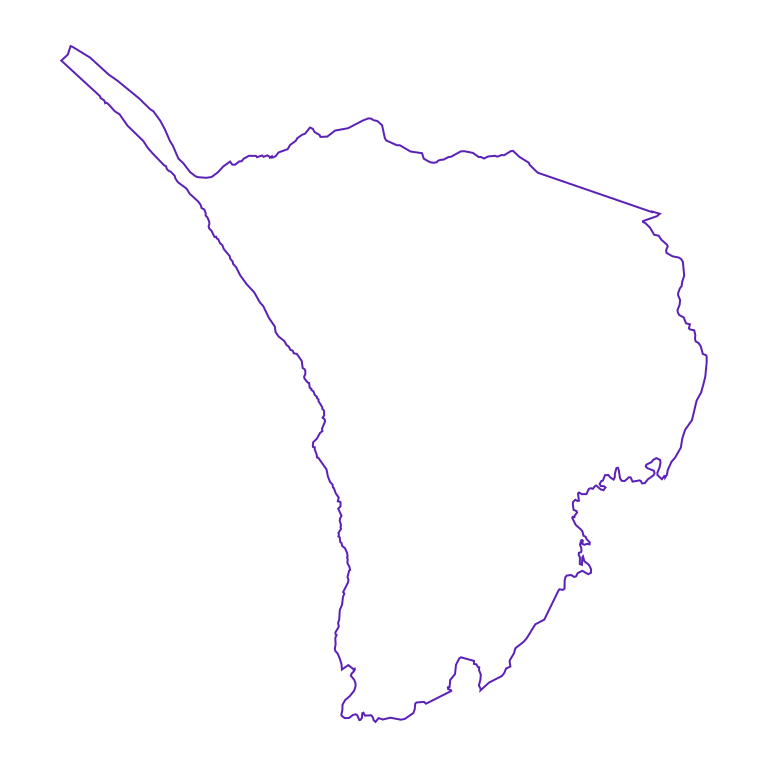 outline of Ludewa, Njombe, United Republic of Tanzania
{"feature_id": "72390352B43391507115191", "entity_name": "Ludewa", "entity_type": "district", "adm_level": 2, "iso_a3": "TZA", "parent_name": "United Republic of Tanzania", "parent_adm1": "Njombe", "projection": "natural_earth1", "projection_center": [34.61, -10.023], "detail": "fine", "context": "isolated", "style": "outline", "palette": "violet", "viewbox_px": 768, "rotation_deg": 0, "n_neighbors": 0, "source": "geoboundaries", "source_scale": "gbopen_adm2", "svg_char_len": 6110}
<svg xmlns="http://www.w3.org/2000/svg" viewBox="0 0 768 768"><path d="M61.3,60.6L100.2,96.4L100.3,97.8L104.3,100.5L105.2,103.2L106.4,102.7L108.4,104.2L114.8,111.3L119.5,114.2L127.5,125.7L143.3,141.0L147.6,147.7L152.8,153.6L164.0,165.2L166.0,166.2L166.8,168.9L168.5,170.7L170.7,171.7L174.7,175.8L175.3,178.3L177.9,182.2L186.6,188.7L189.7,193.8L197.9,201.2L200.6,204.8L201.6,208.1L204.3,209.5L205.7,213.2L205.7,215.6L207.4,217.4L209.1,221.3L209.4,224.0L208.6,226.2L209.2,228.5L211.4,230.7L214.5,236.9L216.1,236.7L216.7,238.4L218.2,239.2L220.0,243.2L222.3,245.1L223.9,249.2L229.7,256.1L230.1,258.5L232.8,261.8L233.0,263.8L236.0,267.0L240.2,275.3L246.5,284.0L254.3,292.5L259.9,302.4L263.3,306.2L268.9,317.9L274.8,326.5L275.6,332.2L278.7,336.6L284.4,341.1L286.6,345.1L288.8,346.6L290.3,349.8L292.6,350.6L293.7,353.2L296.9,354.0L301.7,360.9L302.7,368.1L304.4,369.0L305.3,370.7L305.3,374.3L304.1,376.7L304.4,378.4L307.6,382.5L309.1,382.9L309.7,387.7L311.4,388.8L311.4,390.0L313.4,391.3L314.7,394.8L316.9,396.8L316.9,398.0L318.5,399.4L318.5,401.1L322.0,406.8L322.4,408.8L324.1,410.9L324.1,415.6L322.6,417.7L324.6,419.3L325.1,421.3L322.0,428.8L322.4,431.0L320.0,433.0L316.9,438.6L313.1,442.4L312.8,446.1L313.1,447.0L314.8,447.3L314.7,449.4L316.6,454.3L317.0,457.4L318.3,457.8L326.5,469.4L327.9,476.5L330.0,481.8L332.6,484.7L333.0,487.6L333.9,488.1L335.7,493.2L338.7,497.6L337.8,501.3L340.3,501.8L340.5,502.6L340.5,506.5L338.2,508.6L341.5,515.8L340.1,518.3L339.7,520.8L341.0,524.8L340.5,527.2L341.1,528.7L338.4,533.0L339.0,534.4L338.4,536.4L339.7,537.3L340.2,541.9L341.5,542.9L342.2,546.0L345.0,548.2L347.0,552.7L347.6,556.2L347.0,557.4L347.7,559.1L347.4,563.1L349.4,566.8L350.1,570.0L349.1,570.7L347.5,577.1L348.5,580.1L347.9,582.7L343.1,592.1L344.3,593.5L342.9,597.3L342.1,604.6L339.8,610.0L339.2,619.6L338.1,623.0L338.8,626.7L335.4,632.4L335.6,634.4L336.6,635.1L335.3,637.8L335.6,644.5L334.8,648.7L335.4,651.1L337.6,653.5L339.7,658.3L341.5,664.3L341.9,669.5L348.3,665.1L353.7,669.3L354.2,669.0L354.1,669.7L354.7,669.5L354.5,668.3L354.9,669.1L354.5,670.1L353.7,669.7L353.7,671.6L351.6,673.6L350.9,675.8L354.2,679.8L355.5,683.3L355.5,686.4L354.2,690.6L349.9,696.0L345.2,700.0L342.5,704.7L342.4,710.0L341.3,714.7L341.7,715.9L344.8,718.1L349.0,718.0L353.1,714.9L355.7,714.3L357.1,715.1L359.4,720.1L360.4,719.9L361.9,717.9L362.3,713.2L363.4,712.7L365.0,715.6L371.2,715.3L372.8,717.3L373.8,720.4L375.5,721.9L378.6,718.1L382.8,719.5L390.4,717.7L400.7,719.7L404.7,719.0L413.3,713.1L414.7,709.3L415.2,703.8L416.4,702.5L424.0,701.9L426.0,703.7L451.2,691.0L450.6,689.8L448.2,689.2L447.9,687.3L449.6,686.9L450.2,679.9L455.0,674.1L456.0,664.8L459.2,658.5L460.9,657.3L474.0,660.9L473.9,663.9L476.3,664.3L478.1,667.1L479.2,667.3L479.0,670.0L480.8,674.6L480.4,679.7L478.9,685.5L480.7,689.0L480.5,690.3L489.0,682.6L502.0,675.9L504.2,673.1L506.1,668.5L510.4,666.5L509.6,661.7L509.9,660.1L513.9,653.4L515.4,648.2L523.4,642.0L526.7,638.3L535.3,624.3L544.3,619.6L558.3,590.9L559.5,589.3L562.8,589.9L564.5,588.7L564.7,580.0L565.4,577.2L566.7,575.6L571.1,575.0L574.3,577.0L576.2,576.2L577.6,573.2L582.2,570.8L588.3,574.2L590.9,572.8L591.1,569.5L590.1,567.0L588.6,564.5L584.4,561.3L583.0,556.4L582.3,557.4L581.9,564.8L579.8,564.0L579.9,557.3L578.7,554.9L578.9,552.8L581.0,552.1L581.5,551.1L581.3,548.0L580.0,544.5L581.2,540.4L582.2,540.0L582.8,540.7L582.3,543.8L584.2,544.8L587.3,543.8L589.5,544.4L589.8,542.5L586.6,539.1L585.7,536.9L583.5,535.7L582.4,531.4L581.0,529.6L575.8,525.0L572.2,517.9L572.8,516.9L574.4,517.2L574.6,515.7L577.1,512.5L576.6,511.2L573.6,509.8L572.8,504.1L573.2,501.7L575.3,499.8L577.5,501.0L578.9,500.7L578.0,493.4L579.0,492.5L581.8,494.1L586.4,494.1L588.8,489.0L590.8,488.2L592.8,488.8L595.5,485.7L596.5,485.7L600.7,489.4L603.5,490.2L605.5,487.4L603.8,486.2L600.8,486.0L599.6,484.0L601.4,481.0L602.9,480.6L605.0,475.2L608.3,475.0L610.5,477.6L613.6,479.6L614.8,477.2L614.8,474.2L616.4,468.1L617.8,467.7L618.8,470.2L620.0,478.2L621.7,480.8L624.7,481.0L629.0,477.2L630.6,477.4L632.6,481.6L639.7,480.4L640.9,481.0L642.0,483.4L644.7,483.2L648.0,479.2L653.4,475.4L654.6,473.2L653.9,470.8L647.3,468.1L645.8,466.5L646.3,464.7L651.5,462.1L653.2,459.9L656.3,458.1L660.1,459.9L660.5,462.6L659.5,467.6L657.4,472.6L657.4,475.0L661.9,479.2L664.4,475.9L665.1,476.1L665.2,477.5L667.0,474.6L667.7,470.2L671.5,461.7L675.0,457.8L680.8,447.7L682.3,438.4L685.1,429.8L692.0,420.1L696.6,400.6L701.1,392.5L703.2,385.1L705.3,376.5L706.7,362.0L706.6,356.3L706.2,355.3L702.8,353.9L700.7,346.2L698.6,343.1L695.6,341.3L695.0,338.9L695.3,334.9L694.2,330.3L690.0,329.4L688.9,328.4L689.9,324.3L686.0,323.3L683.7,317.4L679.2,315.0L677.8,312.4L677.5,310.1L679.6,304.8L680.1,300.0L678.1,295.2L678.1,293.2L679.8,288.5L681.6,286.1L682.2,281.8L684.2,275.7L682.9,262.1L681.2,259.1L678.9,257.6L672.5,256.3L666.5,252.9L666.1,250.3L667.7,246.3L666.9,244.6L661.4,239.8L658.7,235.7L654.2,234.8L649.9,227.5L645.2,223.0L643.1,222.1L643.1,221.0L656.9,216.2L659.8,213.8L652.0,211.5L652.0,212.1L537.7,172.7L529.6,164.8L528.9,162.8L519.3,156.8L513.0,150.8L510.9,151.1L504.0,155.3L501.7,155.0L497.4,156.6L494.8,155.8L488.0,156.5L484.1,158.5L480.9,157.0L478.7,157.0L472.9,152.9L464.3,151.2L460.8,151.4L450.9,156.8L448.3,157.1L443.6,159.6L440.3,159.9L437.9,160.8L436.8,162.2L433.7,162.8L430.1,162.2L423.8,158.7L422.0,153.2L410.5,151.5L399.7,145.2L397.0,145.3L386.1,140.4L384.8,138.0L382.1,125.3L377.3,121.0L373.5,120.2L371.2,118.6L368.3,118.4L363.1,120.4L348.1,128.2L335.0,130.6L327.3,136.6L320.4,136.9L319.6,135.0L314.5,132.0L312.9,128.9L310.0,127.5L305.1,133.7L302.4,134.6L297.5,138.0L295.7,140.9L290.3,144.8L287.6,149.2L278.6,152.4L275.7,156.1L273.2,157.4L271.9,157.6L271.8,156.3L269.8,157.7L269.4,156.6L267.3,155.4L263.5,156.8L261.9,155.5L257.0,157.2L256.0,155.9L248.9,155.8L243.7,158.7L241.6,161.3L239.2,161.4L235.1,164.7L232.3,164.7L230.1,161.6L223.2,166.5L218.0,172.2L211.6,177.0L206.4,177.8L198.2,177.2L195.5,176.3L190.0,172.0L183.2,163.1L178.4,158.6L172.8,145.6L169.9,140.9L164.8,129.2L160.3,120.8L153.3,111.2L150.0,109.1L139.2,98.5L117.2,80.5L108.7,74.6L90.1,57.6L73.3,47.3L70.6,46.1L67.8,54.6L61.3,60.6Z" fill="none" stroke="#5b21b6" stroke-width="2"/></svg>